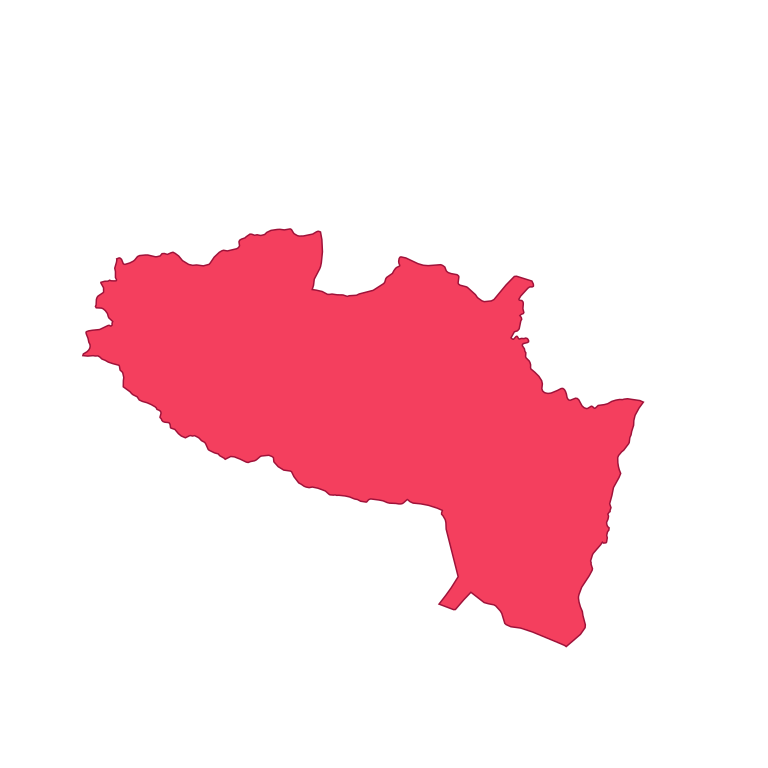 Wat Bot, Phitsanulok, Thailand (orthographic projection), rotated 300°
{"feature_id": "78962969B51687316789717", "entity_name": "Wat Bot", "entity_type": "district", "adm_level": 2, "iso_a3": "THA", "parent_name": "Thailand", "parent_adm1": "Phitsanulok", "projection": "orthographic", "projection_center": [100.372, 17.16], "detail": "fine", "context": "isolated", "style": "filled", "palette": "rose", "viewbox_px": 768, "rotation_deg": 300, "n_neighbors": 0, "source": "geoboundaries", "source_scale": "gbopen_adm2", "svg_char_len": 6142}
<svg xmlns="http://www.w3.org/2000/svg" viewBox="0 0 768 768"><g transform="rotate(300 384 384)"><path d="M358.7,89.9L358.0,90.5L355.8,91.4L349.7,92.9L347.1,95.2L341.9,98.2L340.6,100.2L339.9,100.5L339.3,100.3L338.1,98.3L336.9,96.0L336.7,94.5L335.1,93.6L333.3,90.7L330.5,88.0L330.0,88.2L327.1,93.0L323.4,95.2L322.7,95.1L317.2,92.4L315.6,92.2L313.5,92.6L308.4,95.2L306.9,95.3L306.1,96.7L308.5,101.4L308.7,103.2L308.2,106.0L306.7,109.3L304.6,111.4L303.7,112.6L302.5,117.8L300.6,118.1L299.3,119.1L297.5,118.5L297.4,116.6L296.6,115.7L289.0,110.5L284.6,104.4L282.3,101.6L280.5,100.1L279.8,100.1L278.7,100.9L275.5,104.9L272.6,107.5L271.2,109.6L269.7,110.7L267.9,111.3L265.8,111.3L263.5,110.7L259.7,108.6L258.0,109.0L260.0,113.4L263.1,117.9L263.9,120.0L265.3,122.1L265.3,124.3L264.6,127.2L265.1,130.7L265.1,134.2L266.1,139.2L267.7,145.1L267.2,145.9L264.1,148.5L263.5,151.2L263.0,152.2L259.5,155.4L256.6,156.6L251.2,159.6L250.3,168.0L249.5,170.2L249.2,172.0L249.5,176.6L247.8,180.0L248.1,183.4L249.3,188.2L249.8,192.7L249.8,197.4L249.4,198.8L248.5,200.1L248.8,202.0L248.7,203.8L248.2,204.7L247.3,205.5L243.2,206.6L242.9,207.0L242.6,208.3L241.4,209.9L241.0,211.4L241.3,213.2L242.7,216.4L242.9,217.5L242.0,219.0L239.5,220.9L239.3,221.5L240.1,225.6L238.2,230.8L237.6,234.4L238.1,238.9L241.9,241.4L242.6,242.2L243.2,244.2L244.6,245.8L244.8,249.5L244.7,251.0L243.7,254.2L243.8,257.9L243.1,259.4L239.4,264.5L239.2,265.7L239.6,271.6L240.6,275.5L239.8,277.4L239.8,282.7L239.4,284.1L244.6,287.5L246.1,290.8L247.0,296.9L247.5,303.8L248.1,305.6L250.1,307.2L252.8,310.3L254.5,311.4L259.4,313.1L260.4,313.9L264.7,319.9L265.2,323.2L265.0,325.0L261.6,327.5L261.3,328.2L259.5,333.7L259.3,340.2L261.8,346.4L261.8,347.8L258.7,352.4L255.7,359.6L255.8,362.5L255.5,365.9L255.8,368.0L256.8,371.0L258.9,373.4L260.7,378.8L261.5,383.4L262.0,386.7L261.0,391.6L261.0,392.6L262.5,395.8L263.6,397.2L263.8,398.5L265.1,400.6L267.6,406.3L269.0,410.7L269.7,415.9L270.7,418.8L270.8,422.4L272.8,427.6L273.3,428.0L276.1,428.5L277.8,429.9L281.0,437.6L282.4,441.7L282.9,446.0L283.6,448.4L286.5,454.0L287.6,456.9L288.7,458.7L289.8,459.8L291.1,460.4L295.4,461.8L295.7,462.1L295.1,465.4L295.4,468.7L298.6,475.8L301.1,483.0L303.1,492.1L303.7,497.4L303.7,497.8L301.2,498.3L300.0,499.0L299.4,500.9L297.1,504.9L294.8,507.0L289.4,510.4L254.2,544.6L241.1,544.1L232.0,543.2L220.9,541.7L223.4,557.1L224.4,558.6L237.1,561.0L247.1,563.4L244.8,580.0L245.9,584.3L247.7,589.6L247.7,591.7L245.6,598.2L244.2,600.7L237.1,608.3L236.7,610.1L237.2,615.2L240.9,624.2L243.5,636.7L247.5,667.5L247.9,671.2L247.7,673.1L265.4,679.3L273.5,680.0L276.1,678.8L283.0,672.0L286.2,669.5L289.2,665.5L292.7,661.9L295.6,659.6L297.0,658.8L299.2,658.1L306.9,656.8L320.4,657.6L326.8,657.4L328.3,656.9L331.5,653.4L333.0,652.6L334.0,651.4L340.4,649.9L342.1,649.9L353.2,652.0L356.2,652.2L356.0,653.7L357.4,655.6L358.3,655.8L362.4,654.3L364.3,652.5L367.7,651.5L370.0,651.8L371.2,651.1L371.9,651.0L372.4,648.9L373.8,647.1L375.6,645.9L378.8,645.6L381.2,644.8L382.0,644.4L383.2,642.9L385.6,643.1L386.5,643.6L387.5,643.0L390.4,642.4L393.1,639.3L401.4,637.1L409.1,634.5L420.4,634.3L424.9,633.7L427.2,630.8L429.6,628.4L432.7,625.9L437.1,623.2L439.4,622.9L444.0,623.7L446.6,624.7L454.7,625.7L456.0,625.6L460.5,623.7L463.4,623.4L466.8,622.2L473.1,620.8L477.3,618.6L482.4,617.1L490.8,616.9L498.0,617.7L497.6,613.9L493.0,602.3L491.0,599.6L489.7,598.3L488.4,595.8L486.0,592.9L482.9,590.0L478.8,587.6L476.3,585.1L472.5,580.2L468.9,579.1L468.4,578.7L468.2,578.2L468.7,575.7L468.4,574.6L464.7,572.6L463.9,571.5L463.5,569.1L464.1,566.4L467.7,560.6L468.1,558.6L467.5,557.0L462.9,553.3L462.6,552.0L462.8,551.0L463.8,549.3L466.6,546.9L468.3,544.9L469.4,543.0L469.6,541.1L468.7,539.7L465.1,537.4L459.9,533.4L459.1,532.5L457.8,530.7L457.1,528.7L456.8,527.3L457.3,524.8L458.9,523.0L463.3,521.1L465.7,518.9L468.1,514.3L469.6,508.7L470.5,503.6L471.5,502.7L473.9,501.4L475.4,499.9L476.5,498.3L477.8,493.7L478.6,492.9L482.0,491.2L482.7,489.7L484.7,488.0L486.3,484.7L487.2,484.2L488.6,484.4L491.6,487.5L492.8,488.1L493.7,487.7L494.7,486.3L495.0,485.3L494.7,483.8L493.3,482.5L492.2,480.2L490.6,478.7L490.6,477.9L491.8,475.7L491.7,475.1L491.0,474.6L487.5,473.8L487.1,473.0L487.5,470.9L494.4,470.8L496.8,473.0L499.3,473.5L507.1,470.9L508.9,470.9L510.2,469.7L511.2,467.4L513.0,468.1L514.7,469.4L515.8,469.4L518.7,466.6L523.0,464.6L524.5,463.5L525.2,461.7L524.3,459.4L524.5,458.7L525.1,458.4L528.5,458.4L538.9,460.7L540.9,461.6L542.2,463.8L543.3,464.5L544.4,464.0L545.4,463.1L547.1,460.6L543.6,444.9L542.3,443.1L530.9,440.2L512.1,437.0L509.6,435.4L505.4,429.6L505.0,427.1L505.4,422.9L505.6,421.6L507.1,418.5L509.4,407.9L509.3,406.6L507.6,400.4L507.8,398.7L508.3,397.9L508.9,397.5L514.2,395.3L514.9,394.5L515.2,392.6L513.2,387.0L512.6,383.9L512.9,381.9L513.4,381.0L515.7,378.2L516.0,375.5L515.7,373.5L508.6,363.1L506.5,358.7L505.2,353.3L504.1,339.9L502.7,335.5L502.2,334.7L501.6,334.4L500.1,334.4L497.5,335.4L496.1,336.5L494.7,338.3L494.0,338.5L491.1,336.6L489.9,336.2L487.4,335.9L484.0,336.0L477.6,333.0L476.0,332.9L472.9,333.7L471.0,333.6L459.7,327.8L449.6,317.5L447.1,315.8L443.1,309.8L441.5,308.4L440.6,303.9L437.9,299.0L435.9,294.0L434.5,292.2L433.4,290.3L433.2,284.2L431.4,278.4L429.9,274.6L434.3,273.6L439.9,271.2L451.7,270.7L454.1,270.3L457.7,269.1L467.7,264.6L478.0,258.0L483.9,253.0L483.6,251.1L483.3,250.5L482.0,249.4L478.2,247.3L471.9,240.2L469.8,236.8L469.2,235.0L469.2,231.2L469.5,230.2L471.5,226.6L471.4,225.2L467.6,220.6L465.9,216.5L464.4,214.2L460.5,209.3L456.7,206.7L453.8,205.9L451.6,203.7L450.8,202.6L449.8,199.5L448.1,197.6L447.6,194.6L446.8,193.0L442.6,191.0L441.1,190.6L438.2,188.1L436.3,187.1L434.6,187.3L431.6,189.7L430.6,189.9L428.7,189.5L427.4,188.7L420.9,181.8L419.6,178.2L418.3,177.0L415.7,175.5L408.9,173.5L401.7,173.0L400.2,172.7L396.0,168.5L393.4,162.2L391.1,159.0L389.9,155.1L390.1,147.8L392.2,142.2L392.7,137.9L392.6,135.4L391.2,134.0L387.9,131.6L387.2,128.5L385.9,126.6L383.0,126.1L380.7,123.7L379.9,122.5L377.6,114.9L376.3,112.7L373.0,108.1L371.1,106.8L366.7,106.1L365.1,105.5L361.7,103.3L358.1,99.9L357.8,99.0L357.8,98.1L360.7,94.4L361.1,92.7L360.8,91.6L358.7,89.9Z" fill="#f43f5e" stroke="#9f1239" stroke-width="1.5"/></g></svg>